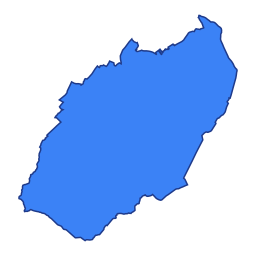 the district of Suncuius, Bihor, Romania
{"feature_id": "2599482B67903282623571", "entity_name": "Suncuius", "entity_type": "district", "adm_level": 2, "iso_a3": "ROU", "parent_name": "Romania", "parent_adm1": "Bihor", "projection": "orthographic", "projection_center": [22.507, 46.914], "detail": "fine", "context": "isolated", "style": "filled", "palette": "blue", "viewbox_px": 256, "rotation_deg": 0, "n_neighbors": 0, "source": "geoboundaries", "source_scale": "gbopen_adm2", "svg_char_len": 5709}
<svg xmlns="http://www.w3.org/2000/svg" viewBox="0 0 256 256"><path d="M85.1,240.6L85.9,240.0L86.7,239.7L89.0,239.9L89.8,240.0L92.2,239.6L92.8,239.0L93.2,238.1L93.5,237.9L93.9,237.6L94.7,236.4L95.6,235.3L96.2,235.3L97.2,235.1L97.8,234.8L99.6,234.6L103.8,229.5L104.0,228.1L105.3,226.0L106.4,225.2L107.1,225.6L112.4,219.2L113.1,218.6L113.4,218.5L113.9,218.4L115.0,218.3L115.6,218.3L115.8,218.2L116.0,217.9L116.1,217.2L115.7,216.7L115.9,215.6L116.9,215.1L116.9,214.3L118.0,213.5L118.5,213.7L118.9,213.5L120.0,213.4L121.4,213.5L123.9,214.1L125.0,213.9L125.4,213.7L126.8,213.7L127.7,213.6L128.0,213.3L128.8,213.0L129.9,213.4L130.5,213.3L131.0,213.4L131.4,212.8L132.6,212.0L133.5,211.6L134.5,210.7L134.9,210.5L135.0,210.1L134.8,207.5L134.8,206.5L134.9,206.0L135.4,205.6L136.2,204.8L137.2,203.9L137.8,203.7L138.3,203.8L139.0,203.5L139.2,203.2L139.2,202.1L139.5,201.7L139.7,200.7L140.0,200.0L140.1,198.9L140.1,198.2L140.9,197.9L141.2,197.7L141.7,197.2L142.0,196.5L142.9,195.9L143.5,195.6L144.7,195.4L145.0,194.9L145.3,194.9L146.0,195.7L146.8,196.2L147.8,196.3L149.5,196.0L150.9,195.6L152.2,194.9L152.6,194.5L154.4,196.3L155.9,198.0L157.1,198.9L159.0,199.8L160.6,200.2L161.8,199.9L166.4,195.7L168.1,194.7L175.4,189.4L176.5,188.9L178.7,188.7L180.6,187.7L182.7,186.9L185.3,185.7L187.5,184.8L184.9,179.3L183.7,178.3L183.9,177.5L192.3,160.7L195.9,153.2L198.2,148.7L202.8,139.9L201.9,135.5L204.3,133.0L205.6,132.2L206.3,132.0L207.9,132.3L210.7,131.2L211.5,130.5L215.9,123.6L215.6,122.7L215.2,122.3L216.8,119.4L217.3,118.7L218.2,118.1L218.8,118.1L220.4,116.6L220.9,116.0L222.0,115.2L223.0,114.8L224.0,113.6L224.9,112.3L225.2,111.9L226.6,107.0L228.3,103.3L227.6,102.6L227.4,102.3L227.2,101.9L227.2,101.5L228.4,100.1L229.0,99.2L229.0,98.0L230.1,98.2L231.1,95.1L233.1,87.7L235.8,78.0L236.3,75.1L236.5,73.4L236.7,72.0L237.0,71.0L237.0,70.7L237.0,70.2L236.9,69.8L236.7,69.3L236.2,68.9L235.8,68.5L235.6,68.3L234.9,67.4L234.6,66.9L234.2,66.4L233.9,65.5L233.0,63.6L231.6,61.4L231.0,60.7L229.0,58.4L228.3,57.4L228.1,56.6L226.7,53.6L223.8,47.4L222.6,44.4L221.3,41.6L220.8,40.4L220.5,39.1L220.7,36.4L220.7,34.7L220.8,34.1L221.6,32.2L221.5,31.4L221.6,30.2L221.3,28.8L221.1,28.3L220.0,27.2L218.7,26.4L218.2,26.0L216.2,23.9L215.1,22.9L214.1,22.3L212.8,22.0L211.7,21.9L211.3,22.0L210.8,22.0L209.0,20.4L208.2,19.9L205.7,17.9L204.3,17.2L203.1,16.8L201.3,16.4L199.9,15.5L199.0,15.4L198.8,15.8L198.8,16.7L198.3,17.6L199.1,18.3L199.5,19.7L200.1,20.3L201.2,22.2L201.9,23.0L202.4,24.5L202.7,25.0L202.8,25.8L203.1,26.3L203.7,27.8L203.2,28.1L201.9,28.5L201.4,28.7L201.0,28.7L200.6,28.9L200.0,29.5L199.1,29.3L197.0,29.0L196.1,28.8L195.3,29.5L194.9,30.2L194.3,31.5L192.7,31.3L189.4,32.3L188.9,32.7L188.4,33.1L187.5,34.5L184.5,38.7L183.8,39.9L181.9,41.5L176.9,44.1L174.6,45.5L174.1,44.8L173.8,44.9L173.4,44.9L173.3,44.6L173.0,44.1L168.1,47.2L169.0,48.8L168.2,49.4L167.6,49.2L167.5,48.9L167.2,49.0L167.0,49.4L166.4,49.3L165.9,49.5L165.5,49.0L165.3,49.1L164.8,49.5L165.0,49.9L164.6,50.4L163.0,51.2L163.0,52.1L162.6,52.7L160.0,49.2L158.7,50.3L161.6,54.2L161.3,54.4L158.4,50.5L155.8,52.4L155.5,52.9L155.9,53.1L156.1,53.7L156.4,54.1L156.2,54.3L155.2,53.6L152.9,52.3L151.8,51.9L150.4,51.5L149.1,51.2L146.7,50.9L144.1,50.9L143.3,50.8L142.7,50.7L141.7,50.2L140.8,50.6L138.4,51.3L137.3,51.5L136.9,51.5L136.4,51.1L135.9,50.7L136.5,49.8L135.8,49.7L136.5,48.8L137.9,46.7L138.3,45.7L137.3,42.8L137.1,43.0L134.1,41.8L132.0,39.6L131.8,39.0L129.2,41.8L125.1,47.4L122.7,50.1L120.3,55.9L120.5,59.2L121.2,62.9L121.1,63.8L120.1,63.2L119.3,62.9L117.1,64.4L115.8,65.8L115.1,65.9L114.2,65.1L113.8,62.8L109.6,61.1L108.8,63.0L108.0,64.1L107.6,64.9L107.3,65.4L106.2,66.4L103.5,65.0L102.9,65.6L100.3,65.7L99.5,67.5L98.8,67.3L97.4,66.0L95.2,68.8L92.0,73.8L88.4,77.8L87.4,78.6L87.1,79.0L85.3,78.7L84.7,79.2L84.5,79.7L84.5,80.3L84.2,80.8L83.5,81.7L83.3,83.3L83.1,83.8L82.7,84.1L81.1,85.0L81.0,84.2L78.6,83.7L76.6,83.7L76.0,83.8L75.6,83.6L74.3,83.3L73.6,83.0L72.8,82.5L72.3,82.3L71.6,81.9L70.5,84.3L67.3,91.0L67.0,92.8L65.4,94.9L59.3,99.9L63.3,102.2L61.1,104.7L59.5,106.8L60.0,107.6L60.7,108.6L61.4,109.1L63.0,109.7L62.4,110.1L61.7,110.2L61.3,110.5L61.0,111.1L59.6,112.7L59.4,112.9L58.8,113.1L58.2,113.3L58.1,113.5L58.0,113.8L57.9,114.0L57.6,114.2L57.3,114.5L57.1,114.8L56.8,115.5L55.8,116.1L55.6,116.4L55.5,116.7L55.0,117.6L56.6,117.8L60.9,122.1L56.5,126.1L55.5,127.1L48.0,134.1L46.9,135.2L47.8,136.1L45.3,138.2L45.6,138.6L45.2,139.2L43.7,140.3L42.7,140.4L41.0,143.8L40.8,145.1L39.7,147.1L40.0,147.4L40.7,148.0L40.7,148.4L40.7,149.6L40.6,150.3L39.9,152.1L39.7,152.5L39.2,153.7L39.2,154.0L39.0,156.0L39.3,156.8L39.2,157.6L38.9,158.5L38.8,159.4L39.0,159.6L39.1,160.2L38.8,161.0L38.3,161.8L38.0,162.3L37.1,163.8L36.9,164.4L37.4,166.0L37.4,167.7L36.8,168.3L36.7,169.2L35.6,170.2L35.5,170.8L35.1,171.5L33.4,172.4L32.8,173.7L31.7,174.4L30.9,174.6L30.7,174.8L30.6,175.4L30.7,176.0L30.2,177.2L29.3,178.8L29.6,180.5L29.3,182.4L28.8,183.3L27.6,183.7L25.2,184.6L24.3,184.6L23.4,185.2L22.9,185.3L22.5,186.5L22.5,188.9L21.7,190.0L22.0,191.6L21.4,193.4L21.4,194.3L21.1,195.2L20.4,195.8L20.1,195.9L19.3,196.5L19.0,197.1L19.0,198.6L21.1,199.4L22.9,201.3L23.5,202.5L23.5,203.8L23.9,204.6L24.4,205.7L24.7,207.1L25.1,207.7L25.3,208.1L25.0,209.5L24.4,210.3L24.3,210.6L24.4,211.2L24.6,211.6L25.8,211.3L26.2,211.3L27.3,211.4L28.2,211.0L28.6,210.9L29.4,210.6L30.5,209.6L31.0,209.6L32.7,210.4L34.3,210.9L37.4,211.6L38.5,211.7L39.3,212.1L40.9,212.4L41.9,213.0L44.3,213.5L44.8,213.7L45.1,213.9L46.8,215.2L48.3,215.8L49.2,217.1L50.0,217.7L51.5,218.7L52.2,219.4L52.8,220.0L57.5,224.6L58.0,224.9L60.7,225.9L61.2,226.2L61.6,226.5L63.0,228.5L63.8,229.3L65.5,229.6L66.0,229.7L66.5,230.0L75.2,237.7L75.7,237.8L80.5,237.4L81.0,237.6L82.5,238.8L85.1,240.6Z" fill="#3b82f6" stroke="#1e3a8a" stroke-width="1.5"/></svg>